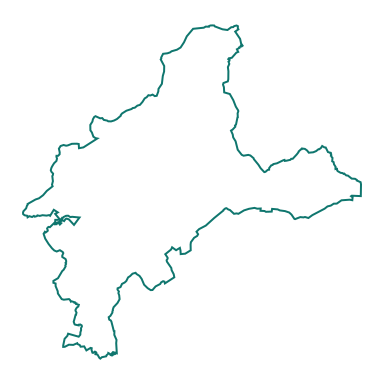 Bistrita, Bistrita-Nasaud, Romania
{"feature_id": "2599482B91510163200898", "entity_name": "Bistrita", "entity_type": "district", "adm_level": 2, "iso_a3": "ROU", "parent_name": "Romania", "parent_adm1": "Bistrita-Nasaud", "projection": "albers", "projection_center": [24.486, 47.14], "detail": "fine", "context": "isolated", "style": "outline", "palette": "teal", "viewbox_px": 384, "rotation_deg": 0, "n_neighbors": 0, "source": "geoboundaries", "source_scale": "gbopen_adm2", "svg_char_len": 5864}
<svg xmlns="http://www.w3.org/2000/svg" viewBox="0 0 384 384"><path d="M294.4,218.9L295.1,219.1L300.3,217.1L303.5,217.4L305.0,217.0L308.4,218.0L312.4,215.1L324.6,208.7L327.5,206.4L330.8,205.6L333.7,203.7L336.8,203.6L341.5,200.3L349.7,199.7L352.3,200.2L352.6,197.3L351.1,196.2L351.8,195.7L360.8,196.1L361.0,184.3L360.6,182.2L356.8,180.5L356.8,179.9L355.0,178.8L351.7,178.6L347.9,175.6L346.2,175.4L344.2,173.6L343.6,173.9L342.6,173.1L340.6,172.8L337.8,171.2L337.2,170.5L337.0,168.9L336.0,169.0L336.3,168.5L335.4,168.1L335.6,166.8L334.0,164.3L333.6,162.1L332.2,161.3L332.5,157.9L331.4,156.6L331.3,155.3L331.0,155.3L331.2,154.6L330.6,153.7L331.0,153.2L330.8,152.8L328.0,152.1L325.7,147.5L324.4,147.4L322.2,146.0L320.9,148.0L319.1,149.3L318.5,149.2L316.1,151.1L313.2,152.3L308.8,152.7L307.1,150.5L304.9,148.9L302.7,148.6L302.1,149.0L301.8,148.6L298.6,151.5L298.5,152.2L296.7,154.5L292.7,158.8L291.2,158.8L290.4,159.8L286.5,160.7L284.8,160.9L284.5,159.9L283.4,160.2L277.0,163.3L273.3,164.1L272.6,165.0L271.3,165.3L269.2,168.0L269.1,169.7L267.7,169.9L265.5,171.8L264.3,172.1L260.7,168.3L258.4,164.7L253.9,159.2L253.6,158.2L250.4,155.5L248.3,154.9L243.6,155.7L241.7,154.8L237.7,149.7L235.6,141.3L233.2,137.4L232.7,134.4L231.0,130.6L232.6,129.6L235.3,126.7L235.0,125.5L236.0,124.6L237.5,117.3L237.8,117.2L237.6,113.3L238.3,111.3L238.2,110.5L235.8,106.6L233.3,100.2L229.8,94.0L224.2,92.4L223.9,87.2L223.0,84.6L223.5,83.0L227.8,81.4L228.3,79.3L228.4,71.2L227.9,67.1L229.3,63.9L228.5,61.6L229.3,61.0L229.6,59.9L228.3,59.1L228.8,58.3L231.8,57.8L236.3,52.7L238.2,51.9L236.9,49.3L239.4,47.9L239.2,47.4L240.3,46.8L240.8,45.7L241.7,46.4L242.6,45.7L241.1,43.5L240.1,38.9L235.2,31.6L238.4,29.3L237.8,28.3L237.9,26.2L236.6,25.5L234.2,26.1L233.2,27.1L231.3,27.2L227.5,30.0L222.5,29.3L214.8,26.4L214.2,25.5L212.3,25.4L210.4,25.5L208.8,26.2L208.8,26.7L205.7,26.6L203.8,27.7L193.1,28.8L186.8,36.3L184.0,42.3L180.6,47.5L177.0,49.7L171.5,51.3L170.1,52.4L167.4,53.3L163.1,53.8L161.2,57.5L161.3,58.6L160.7,59.4L164.2,66.0L164.1,71.5L162.8,76.0L161.9,83.8L158.5,88.9L158.3,91.5L156.7,95.8L154.8,96.1L152.6,94.6L150.3,95.5L148.4,95.2L146.7,97.2L144.7,98.4L142.5,101.9L139.9,104.9L137.4,105.6L134.8,107.7L132.6,108.1L131.6,109.0L126.4,110.7L122.0,113.5L120.8,115.0L120.8,115.7L117.0,119.0L114.1,120.5L111.1,121.4L108.2,121.3L107.2,120.6L103.8,119.9L102.3,118.1L100.1,118.3L95.5,116.2L94.2,117.0L92.9,119.3L92.4,121.6L90.3,124.9L90.4,130.3L91.9,132.5L93.4,136.7L95.5,138.1L97.3,138.5L83.4,147.4L79.0,148.2L78.7,144.0L76.9,143.7L71.9,143.8L67.8,145.4L66.1,145.7L63.6,145.0L60.6,146.0L58.9,148.7L59.7,152.3L59.6,154.3L58.1,155.8L56.5,155.8L56.4,156.7L57.0,158.6L56.4,161.0L54.1,163.2L52.6,165.6L51.5,167.6L50.9,169.7L50.8,170.4L51.5,171.9L53.1,173.6L52.9,175.0L52.3,176.1L52.9,181.2L52.0,184.7L52.6,186.3L46.8,190.9L43.1,195.2L39.0,198.3L35.5,199.5L27.6,204.0L27.7,204.7L27.0,205.6L26.1,208.4L23.4,211.3L23.0,212.8L23.2,214.2L24.7,215.3L27.3,215.8L27.6,217.3L29.4,216.2L32.1,217.0L33.9,215.9L34.8,216.7L36.9,216.1L37.4,215.4L39.8,215.9L42.5,215.2L46.5,215.6L49.2,215.1L50.1,215.8L53.8,209.8L57.8,212.4L55.2,213.9L59.7,219.3L58.0,219.9L55.3,219.9L55.1,222.3L54.7,222.8L55.4,223.2L59.7,221.7L60.3,220.1L62.0,218.0L62.4,218.4L63.6,217.0L66.1,215.8L68.1,215.7L70.4,217.1L72.1,216.8L79.5,217.5L74.0,224.9L68.9,219.4L66.7,218.6L65.5,219.1L64.1,221.1L62.8,220.3L62.0,220.7L61.5,220.3L60.6,221.6L60.6,223.1L61.1,223.3L59.9,224.5L59.5,223.8L58.2,223.2L56.7,223.6L56.5,224.2L54.7,224.3L54.1,223.1L49.9,227.2L48.7,226.9L47.7,227.5L47.1,228.6L47.8,230.3L47.6,231.0L45.6,232.5L44.9,231.8L43.6,233.8L45.2,238.6L48.6,244.0L52.0,248.3L54.3,250.5L56.7,251.5L59.9,250.2L62.7,252.0L63.3,253.1L62.2,255.8L62.3,257.0L65.5,259.0L66.1,260.5L66.2,262.0L65.5,262.9L66.1,263.9L65.3,265.4L65.6,266.4L63.7,269.7L62.2,271.1L58.0,278.2L53.4,280.9L53.4,282.8L55.6,283.5L55.6,286.1L57.7,291.2L57.9,293.5L61.7,299.1L63.8,299.7L69.0,299.1L69.9,299.8L70.9,301.6L71.3,301.2L74.8,302.3L74.6,302.8L76.3,303.3L76.1,304.0L78.8,304.8L78.3,306.5L76.8,307.6L75.6,309.6L75.5,310.7L76.5,312.6L76.0,314.8L75.6,314.8L73.7,321.8L74.5,324.1L75.0,324.6L78.7,325.4L78.8,324.7L80.3,324.5L81.7,325.4L81.9,326.4L81.0,328.2L81.1,330.1L80.4,332.3L80.3,334.7L78.7,336.7L68.1,333.7L67.4,335.8L64.6,338.8L63.2,345.5L63.2,346.9L64.8,346.8L68.9,344.7L73.3,344.9L77.2,343.2L77.5,344.0L79.8,345.1L80.6,346.7L84.2,346.4L86.4,350.4L90.6,347.9L91.7,348.2L91.5,349.8L92.4,352.7L93.0,352.9L94.9,351.6L96.1,352.3L96.3,352.7L95.5,353.2L95.4,354.2L97.5,354.6L99.4,357.9L100.3,358.6L101.9,357.2L106.2,356.3L106.5,355.3L108.2,353.8L108.3,353.0L109.6,353.7L110.5,355.0L112.0,355.5L112.7,355.2L113.2,354.3L111.9,353.4L113.0,352.1L113.9,352.3L114.6,354.1L115.4,353.9L115.7,352.8L116.8,353.2L116.2,343.2L116.5,339.9L114.3,334.9L114.4,331.1L113.8,331.0L111.4,321.6L110.8,320.5L109.2,319.6L108.7,317.2L110.4,315.9L112.4,312.6L112.4,311.3L112.9,310.4L112.8,309.6L113.6,307.2L117.5,303.0L119.6,299.2L119.2,295.3L118.4,293.1L118.9,291.5L117.5,289.6L117.6,288.3L120.5,287.1L122.0,283.9L124.7,282.5L126.3,281.0L128.1,277.4L130.1,276.1L132.5,273.7L135.6,272.8L136.4,273.9L139.5,275.9L141.6,278.8L144.1,284.7L147.7,288.2L150.7,290.1L152.5,290.0L155.6,286.4L160.2,284.0L161.1,282.4L163.1,281.2L164.4,281.6L164.9,283.4L174.3,277.3L173.7,274.2L171.6,270.1L171.3,268.0L166.9,261.6L166.6,260.2L167.6,258.7L167.6,257.7L165.3,254.2L171.1,249.5L172.1,247.3L176.1,250.2L179.9,247.9L180.5,250.6L180.7,254.1L185.2,253.7L190.7,250.3L190.6,244.5L190.9,242.2L194.1,237.8L197.2,235.9L198.1,234.2L196.5,231.7L199.1,229.1L205.8,225.6L214.2,218.0L223.4,210.5L223.5,209.9L225.4,208.4L226.5,208.2L228.3,209.5L229.9,210.0L234.0,213.8L236.6,213.4L238.4,213.8L244.0,210.4L249.0,208.8L254.5,207.9L257.3,208.7L260.7,208.5L260.5,210.8L264.5,211.0L265.9,211.8L271.7,211.6L272.1,208.9L277.7,209.4L279.8,210.4L285.0,211.1L289.2,212.5L291.5,214.6L294.4,218.9Z" fill="none" stroke="#0f766e" stroke-width="2"/></svg>